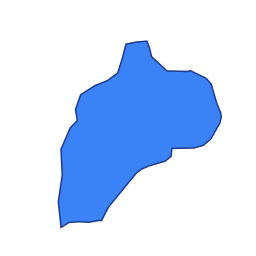 the Province of María Trinidad Sánchez, rotated 73°
{"feature_id": "DOM-1982", "entity_name": "María Trinidad Sánchez", "entity_type": "Province", "adm_level": 1, "iso_a3": "DOM", "parent_name": "Dominican Republic", "parent_adm1": "", "projection": "albers", "projection_center": [-69.986, 19.439], "detail": "fine", "context": "isolated", "style": "filled", "palette": "blue", "viewbox_px": 256, "rotation_deg": 73, "n_neighbors": 0, "source": "natural_earth", "source_scale": "10m", "svg_char_len": 640}
<svg xmlns="http://www.w3.org/2000/svg" viewBox="0 0 256 256"><g transform="rotate(73 128 128)"><path d="M91.3,51.7L103.3,38.8L110.2,35.6L130.4,35.9L140.2,34.9L144.7,35.5L150.2,38.8L162.7,52.0L166.6,60.9L166.4,70.7L160.4,92.0L167.7,95.1L170.5,101.9L170.4,119.5L171.3,127.2L173.6,133.3L197.9,169.8L208.8,180.4L208.0,182.4L206.7,192.8L203.3,202.4L201.1,212.0L203.5,221.1L178.2,216.2L153.7,204.6L128.7,198.3L111.0,183.2L106.0,174.3L94.9,172.8L82.3,163.5L77.8,147.3L76.7,134.0L72.4,121.8L60.1,113.3L47.2,105.4L48.3,94.4L50.5,84.5L58.2,84.0L66.7,84.6L84.8,74.1L91.5,54.0L91.3,51.7Z" fill="#3b82f6" stroke="#1e3a8a" stroke-width="1.5"/></g></svg>